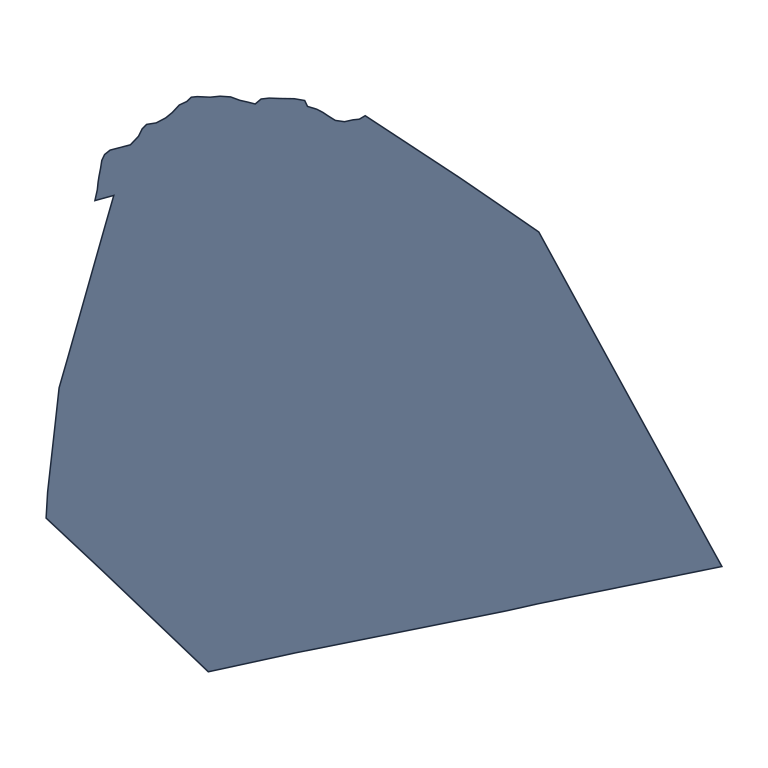 outline of Peritoró, Maranhão, Brazil
{"feature_id": "56859067B28886236546513", "entity_name": "Peritoró", "entity_type": "district", "adm_level": 2, "iso_a3": "BRA", "parent_name": "Brazil", "parent_adm1": "Maranhão", "projection": "mercator", "projection_center": [-44.323, -4.413], "detail": "fine", "context": "isolated", "style": "filled", "palette": "slate", "viewbox_px": 768, "rotation_deg": 0, "n_neighbors": 0, "source": "geoboundaries", "source_scale": "gbopen_adm2", "svg_char_len": 879}
<svg xmlns="http://www.w3.org/2000/svg" viewBox="0 0 768 768"><path d="M94.9,200.6L113.8,195.4L105.2,225.4L73.9,336.0L67.5,358.6L59.1,387.8L55.1,424.6L47.6,492.2L46.1,518.1L101.8,570.2L208.3,671.8L294.8,653.0L507.2,610.7L537.0,604.0L570.0,597.2L721.9,566.5L709.9,544.8L664.5,461.8L630.2,399.2L593.2,331.6L538.8,232.0L494.2,201.3L460.1,178.0L365.2,115.7L359.3,119.2L353.1,119.8L344.5,121.7L335.3,120.4L327.8,115.7L322.9,112.4L316.7,109.2L307.5,106.4L304.7,100.5L294.2,98.7L280.6,98.5L269.1,98.1L261.1,99.0L255.2,104.0L247.8,102.1L239.8,100.3L230.6,96.9L220.0,96.2L210.1,97.2L203.7,96.9L197.2,96.6L191.3,97.2L186.8,101.5L179.3,105.0L172.2,112.6L165.7,117.9L156.2,122.9L146.6,124.4L142.2,128.8L138.5,136.3L130.4,144.8L118.2,148.0L110.1,150.1L104.6,154.5L101.8,160.4L100.6,168.1L99.0,176.4L98.1,182.1L97.3,189.8L94.9,200.6Z" fill="#64748b" stroke="#1e293b" stroke-width="1.5"/></svg>